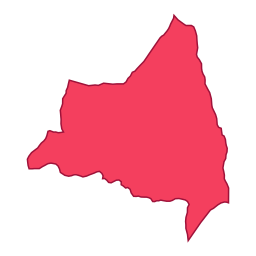 Pitangueiras, São Paulo, Brazil (Equal Earth projection)
{"feature_id": "56859067B99989140869249", "entity_name": "Pitangueiras", "entity_type": "district", "adm_level": 2, "iso_a3": "BRA", "parent_name": "Brazil", "parent_adm1": "São Paulo", "projection": "equal_earth", "projection_center": [-48.264, -21.003], "detail": "fine", "context": "isolated", "style": "filled", "palette": "rose", "viewbox_px": 256, "rotation_deg": 0, "n_neighbors": 0, "source": "geoboundaries", "source_scale": "gbopen_adm2", "svg_char_len": 2338}
<svg xmlns="http://www.w3.org/2000/svg" viewBox="0 0 256 256"><path d="M27.4,159.2L27.7,162.2L28.1,165.4L29.1,168.8L32.1,168.8L34.2,168.6L39.3,168.6L42.6,166.5L44.4,165.6L47.8,163.7L50.9,163.1L53.2,163.5L55.8,164.0L58.0,165.9L59.4,168.7L60.4,172.4L64.8,175.3L68.7,176.2L71.5,175.7L73.9,174.8L76.1,174.7L78.4,175.3L80.6,176.0L82.9,176.9L86.5,176.1L90.0,174.6L94.1,173.1L96.9,171.8L99.5,171.4L101.8,173.3L103.1,175.8L102.6,178.7L104.6,178.5L106.8,180.2L108.6,182.4L111.1,182.8L113.9,181.4L116.3,180.2L119.0,180.0L121.2,181.7L121.2,184.7L123.3,186.0L125.6,188.0L127.8,187.5L130.1,189.3L131.2,192.9L133.6,196.3L136.3,196.4L138.4,196.1L141.0,197.0L144.0,197.1L146.5,197.1L148.9,197.7L150.8,198.6L152.7,201.5L154.6,201.6L156.6,200.8L158.7,200.8L160.7,200.1L163.1,200.6L166.6,201.2L169.9,201.2L172.3,200.4L175.3,198.7L179.0,198.5L182.3,199.2L185.4,200.0L187.5,201.5L189.1,204.4L187.5,207.7L187.4,212.5L186.0,217.3L185.6,221.4L185.9,224.8L185.9,228.3L187.5,234.4L188.2,240.6L200.7,222.5L210.4,210.0L213.5,208.3L215.5,206.7L217.9,204.8L220.9,203.0L224.3,202.0L226.4,202.1L228.5,202.8L228.6,188.0L226.9,183.8L225.3,181.0L224.3,178.8L224.4,175.1L223.7,171.4L222.9,168.0L224.0,161.7L225.7,158.6L226.0,154.7L227.0,151.9L227.2,148.2L226.3,145.6L225.8,143.1L225.4,139.4L224.1,136.1L222.1,134.9L221.6,131.4L221.2,128.3L218.6,127.3L217.2,124.7L216.7,118.5L215.6,114.7L212.3,107.8L211.8,105.2L211.3,98.7L209.7,92.7L207.8,89.3L205.0,83.9L205.1,79.9L204.7,77.0L203.0,74.0L202.0,71.2L201.6,68.5L201.5,63.7L199.4,59.9L197.2,57.0L196.5,54.4L197.7,47.8L197.2,43.6L196.9,39.5L196.7,35.8L195.3,30.7L193.7,26.9L191.4,25.5L185.9,25.5L183.5,23.9L178.0,19.9L174.0,15.4L173.6,18.2L172.0,21.4L170.7,23.9L169.8,26.2L168.6,28.7L166.9,31.2L165.3,33.1L163.7,35.1L161.9,36.1L160.2,37.7L149.2,53.7L147.0,57.0L143.9,61.5L140.6,64.9L137.2,68.5L134.9,71.2L132.3,72.3L130.4,76.1L128.0,78.4L126.1,81.9L123.5,83.9L120.3,83.9L116.7,83.9L112.8,84.2L103.6,83.2L98.4,85.4L95.1,85.0L88.6,85.7L69.3,80.2L68.5,83.5L67.6,87.5L66.2,90.6L66.1,93.3L64.6,95.6L62.7,98.7L62.6,103.9L61.6,106.9L60.3,110.3L60.6,113.4L61.1,119.5L61.0,123.9L61.8,128.9L63.5,132.0L60.6,132.5L58.2,132.7L55.7,132.0L53.7,132.1L49.9,130.7L48.0,131.3L46.9,135.6L45.7,138.6L43.9,140.9L41.3,143.1L39.5,145.4L37.7,148.0L35.4,149.7L31.5,152.7L28.9,156.2L27.4,159.2Z" fill="#f43f5e" stroke="#9f1239" stroke-width="1.5"/></svg>